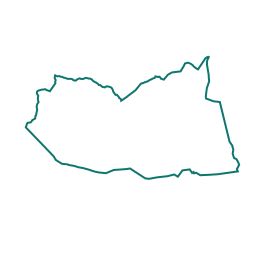 outline of San Bernardo Mixtepec, Oaxaca, Mexico, rotated 346°
{"feature_id": "50627088B25547762924420", "entity_name": "San Bernardo Mixtepec", "entity_type": "district", "adm_level": 2, "iso_a3": "MEX", "parent_name": "Mexico", "parent_adm1": "Oaxaca", "projection": "robinson", "projection_center": [-96.925, 16.845], "detail": "fine", "context": "isolated", "style": "outline", "palette": "teal", "viewbox_px": 256, "rotation_deg": 346, "n_neighbors": 0, "source": "geoboundaries", "source_scale": "gbopen_adm2", "svg_char_len": 2739}
<svg xmlns="http://www.w3.org/2000/svg" viewBox="0 0 256 256"><g transform="rotate(346 128 128)"><path d="M224.1,78.0L223.6,78.4L222.9,78.4L222.1,78.4L220.9,78.8L220.1,79.0L210.1,88.1L207.6,85.5L206.5,83.8L206.2,83.3L206.0,82.7L204.6,81.1L202.5,79.4L201.7,79.1L198.9,79.2L197.0,81.5L192.7,85.8L188.1,85.2L184.3,84.7L179.7,85.9L174.4,89.7L171.8,88.0L171.7,87.3L171.1,86.1L170.8,85.8L170.2,85.8L169.5,85.8L169.0,85.6L168.8,85.3L168.4,85.2L167.3,84.7L167.3,84.8L166.4,85.6L165.5,85.9L164.8,85.9L160.8,86.7L160.2,86.9L159.4,87.1L158.7,87.5L157.3,87.5L156.8,87.6L156.1,87.8L155.6,87.7L155.3,87.6L153.0,88.2L152.0,87.9L151.7,88.0L150.8,88.4L144.4,93.2L135.4,97.0L134.5,97.5L128.0,99.9L128.1,98.6L128.0,98.2L127.8,97.8L127.0,97.2L126.7,96.6L126.5,95.4L125.2,93.1L123.9,92.8L122.5,89.3L122.5,87.7L121.9,85.3L121.5,84.7L120.1,83.6L119.3,83.2L119.0,83.0L118.4,82.8L117.6,82.5L117.0,82.4L115.4,83.0L115.1,82.8L114.0,82.4L113.2,82.0L113.0,81.8L112.0,80.4L111.4,79.6L110.2,79.3L109.2,77.5L109.0,77.3L108.7,77.1L108.3,76.5L108.1,76.2L107.0,75.5L106.2,74.5L105.6,74.1L105.4,73.9L105.2,73.3L104.6,72.0L104.3,71.8L103.1,70.9L102.7,70.7L101.9,70.6L100.2,69.6L99.1,69.1L98.4,69.1L97.7,69.4L97.3,69.5L96.9,69.5L95.6,69.4L94.3,69.0L93.2,68.2L92.9,68.2L92.1,68.2L90.4,68.6L89.7,68.8L89.2,69.3L88.0,69.2L87.0,68.6L86.1,67.8L85.7,67.1L84.9,66.6L81.5,65.8L81.1,65.6L80.3,65.0L78.6,63.9L77.7,63.6L77.3,63.2L76.6,62.5L75.7,62.2L75.1,61.9L74.7,61.6L73.8,61.0L73.3,60.9L72.1,60.9L70.8,60.0L70.4,59.6L70.1,59.3L69.9,59.6L69.7,59.9L69.5,60.3L69.3,60.8L69.1,61.3L69.0,61.8L69.0,62.3L69.1,62.8L69.3,63.3L69.4,63.7L69.4,64.1L68.5,65.5L68.4,67.0L61.1,73.4L59.4,72.3L58.0,71.4L57.2,70.4L53.4,69.9L51.2,70.0L50.3,70.0L49.4,70.2L48.6,70.8L48.3,71.1L48.2,71.6L48.0,72.6L48.2,73.6L48.7,74.9L47.4,78.4L47.5,81.2L45.7,82.9L44.5,85.2L44.2,88.7L42.6,91.6L42.0,93.2L41.2,93.8L40.3,96.1L40.1,96.4L36.9,97.3L35.8,98.5L34.9,99.0L31.9,98.7L31.0,99.5L29.0,102.7L37.2,116.9L49.1,137.7L50.2,141.5L52.4,143.8L55.2,146.7L61.0,148.9L61.8,149.7L63.8,150.5L66.1,151.5L67.7,152.4L70.2,154.0L74.5,155.9L79.5,158.7L84.7,162.0L89.0,164.1L95.6,166.5L104.1,165.3L111.5,166.6L115.5,167.3L120.2,167.8L129.8,178.1L132.5,181.0L136.1,182.4L144.1,182.9L154.6,184.3L161.6,184.3L164.6,187.3L170.6,182.3L177.7,183.1L177.8,183.1L179.4,187.2L181.0,186.6L181.2,188.0L181.3,188.0L181.5,188.0L183.3,187.9L186.7,191.3L196.3,193.2L204.0,194.6L224.1,196.7L223.7,194.2L227.0,190.6L226.5,187.3L225.6,184.3L223.7,182.9L223.3,178.4L225.0,174.3L224.8,171.3L225.0,170.2L224.5,169.3L223.2,165.7L223.4,125.0L217.5,122.8L210.9,118.3L211.1,116.2L213.7,109.5L214.3,108.2L218.1,102.2L218.6,98.4L219.1,96.5L219.2,95.1L220.0,85.3L220.3,84.5L220.7,82.7L221.2,81.6L224.1,78.0Z" fill="none" stroke="#0f766e" stroke-width="2"/></g></svg>